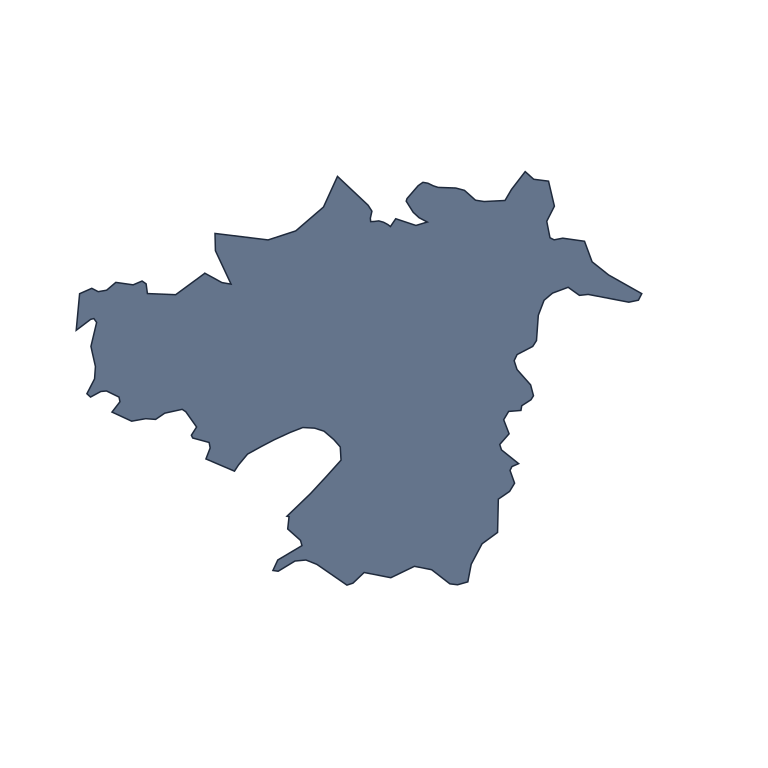 SVG path tracing the border of Lancashire, rotated 64°
{"feature_id": "GBR-2123", "entity_name": "Lancashire", "entity_type": "Administrative County", "adm_level": 1, "iso_a3": "GBR", "parent_name": "United Kingdom", "parent_adm1": "", "projection": "albers", "projection_center": [-2.621, 53.865], "detail": "fine", "context": "isolated", "style": "filled", "palette": "slate", "viewbox_px": 768, "rotation_deg": 64, "n_neighbors": 0, "source": "natural_earth", "source_scale": "10m", "svg_char_len": 2042}
<svg xmlns="http://www.w3.org/2000/svg" viewBox="0 0 768 768"><g transform="rotate(64 384 384)"><path d="M205.8,496.5L221.8,485.2L227.2,477.7L190.3,477.1L174.6,469.9L203.7,425.0L207.7,396.2L198.4,360.8L177.0,334.8L216.4,319.9L223.4,319.1L229.0,323.6L232.2,324.8L233.6,321.6L235.1,317.2L238.4,313.5L242.3,310.7L245.3,309.2L240.6,301.0L255.5,285.8L257.4,274.1L249.9,279.6L242.5,282.5L229.4,283.9L227.4,282.0L220.7,266.3L219.8,260.6L222.8,256.5L227.3,253.0L231.0,249.2L239.3,233.6L245.2,226.8L258.9,221.2L263.9,214.0L272.1,194.8L265.0,184.1L255.0,164.0L255.7,163.7L265.6,159.7L273.8,147.2L298.9,152.9L309.1,166.4L325.3,170.7L329.0,167.9L331.3,159.4L343.6,141.2L365.4,143.4L384.5,134.3L415.8,112.7L420.2,118.6L417.8,128.1L393.0,161.2L390.0,169.5L377.8,176.1L376.2,192.7L378.9,203.4L389.9,215.2L411.8,227.9L415.4,233.8L415.9,251.5L420.1,256.8L429.3,258.1L449.1,252.6L460.1,254.8L462.6,258.8L463.9,269.7L467.8,272.5L463.3,284.0L468.6,292.1L483.6,293.4L489.1,306.5L494.7,307.3L514.6,297.9L514.3,305.2L516.9,308.6L530.4,310.1L535.6,318.2L537.6,331.7L567.2,347.0L570.6,365.9L584.2,384.6L598.6,395.4L596.7,405.9L592.5,412.4L571.8,422.6L561.2,436.6L561.1,462.8L544.7,484.5L549.4,499.2L548.5,505.5L516.7,523.4L508.0,531.3L504.1,541.6L505.9,561.2L502.9,565.6L495.6,556.6L493.3,528.6L488.0,527.6L472.1,534.1L461.6,527.5L460.3,529.2L457.9,521.7L450.2,497.9L441.7,476.0L433.6,456.0L421.4,450.9L411.9,453.5L400.1,458.6L393.2,465.8L387.5,476.1L386.4,489.6L386.0,507.1L386.4,521.3L387.2,537.4L393.0,550.3L396.8,556.6L373.3,576.9L365.3,568.3L359.9,566.8L348.7,579.6L345.6,579.6L340.5,571.3L322.1,574.3L318.3,576.5L314.1,593.9L315.7,604.8L310.7,613.4L306.8,627.1L290.0,640.8L284.2,629.1L279.6,627.9L268.6,636.5L266.6,641.8L267.1,653.5L262.5,655.3L252.5,641.9L241.8,635.7L227.8,632.4L221.7,630.9L202.7,615.3L198.0,616.1L197.3,619.3L200.8,637.1L169.4,618.0L169.9,604.7L175.7,600.4L178.1,592.2L175.1,580.5L184.9,566.0L185.4,556.3L189.7,553.9L199.0,557.0L212.4,532.1L206.5,499.7L206.1,497.4L205.8,496.5Z" fill="#64748b" stroke="#1e293b" stroke-width="1.5"/></g></svg>